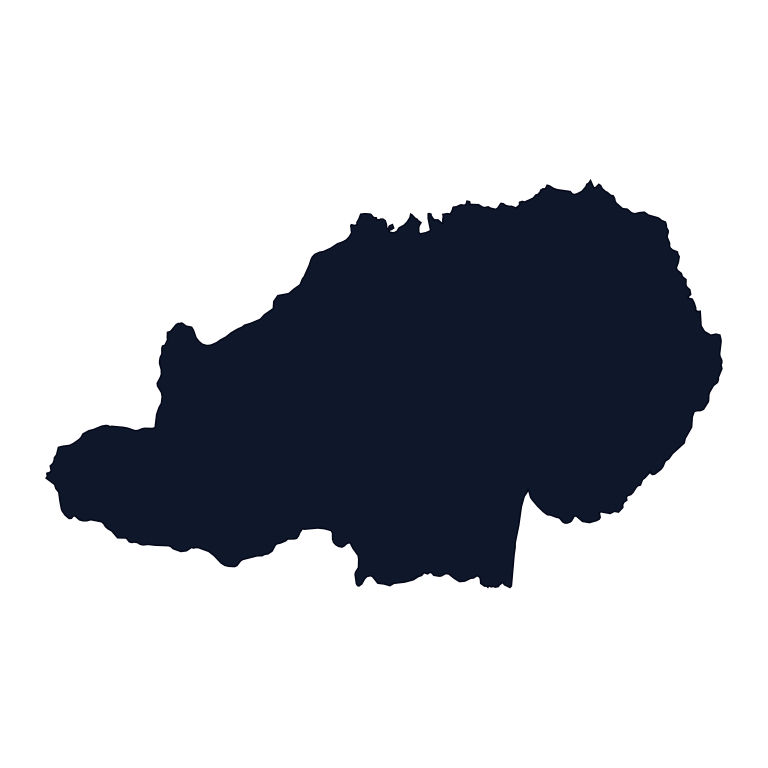 Railaco, Ermera, East Timor (Natural Earth projection)
{"feature_id": "22284137B49797009799058", "entity_name": "Railaco", "entity_type": "district", "adm_level": 2, "iso_a3": "TLS", "parent_name": "East Timor", "parent_adm1": "Ermera", "projection": "natural_earth1", "projection_center": [125.456, -8.681], "detail": "fine", "context": "isolated", "style": "filled", "palette": "ink", "viewbox_px": 768, "rotation_deg": 0, "n_neighbors": 0, "source": "geoboundaries", "source_scale": "gbopen_adm2", "svg_char_len": 6095}
<svg xmlns="http://www.w3.org/2000/svg" viewBox="0 0 768 768"><path d="M716.0,334.1L710.8,335.2L704.5,331.5L701.1,325.9L700.2,311.2L698.3,311.6L695.8,310.5L695.7,307.8L694.2,303.0L692.2,299.1L688.2,298.1L688.5,296.3L690.7,294.5L689.8,289.7L687.0,287.2L685.9,285.1L686.0,279.5L682.4,276.7L681.3,273.4L677.3,270.3L676.3,267.8L678.3,262.4L679.2,256.6L677.9,254.4L677.4,251.9L672.4,249.9L670.4,248.1L669.6,246.8L669.5,243.0L667.2,237.3L667.2,235.6L668.2,232.4L668.2,230.6L666.4,227.3L666.4,225.3L665.5,222.1L661.2,220.3L659.7,218.8L658.0,217.8L648.4,215.1L644.4,212.2L639.7,212.6L635.2,213.7L633.4,213.5L631.2,212.6L627.3,209.2L622.5,208.6L616.2,203.1L615.1,201.2L614.6,198.5L613.2,195.8L610.7,195.3L607.2,192.3L605.4,191.5L602.1,188.5L600.7,185.6L598.8,184.3L595.9,187.4L594.6,187.9L593.4,187.0L590.5,180.5L588.8,183.1L586.8,184.3L586.0,186.6L582.0,191.3L577.4,193.7L574.5,194.6L572.4,194.0L570.1,191.5L557.2,189.7L553.7,188.5L549.3,185.8L547.1,185.2L545.7,188.3L544.9,188.8L542.5,188.9L541.8,189.9L540.8,190.0L540.2,191.9L538.8,193.4L538.8,194.1L535.8,195.0L533.3,198.1L524.5,202.1L522.5,201.4L519.5,202.3L519.6,204.5L519.1,205.4L515.9,208.0L511.6,206.3L509.7,206.4L505.9,205.6L503.2,203.7L501.4,203.4L500.9,203.4L497.7,208.1L496.0,209.3L495.1,209.2L490.3,208.1L488.2,206.8L484.8,207.6L482.6,207.2L478.6,204.7L470.1,204.4L469.6,201.7L467.0,201.1L466.1,204.2L464.4,205.3L460.8,204.8L456.4,206.8L453.5,207.1L452.7,208.1L452.8,208.9L451.1,212.8L449.8,214.1L447.5,213.6L442.8,214.4L443.3,215.9L442.7,220.4L443.0,223.2L442.3,223.6L438.0,219.9L434.3,219.9L432.8,218.3L431.0,215.3L431.0,214.1L428.8,213.5L428.2,213.8L428.2,218.5L430.5,229.9L430.1,230.9L425.9,232.7L420.2,233.9L418.8,232.4L418.7,228.0L419.1,225.8L421.0,222.6L417.9,220.5L417.2,219.3L415.3,218.4L411.8,214.7L410.7,214.1L409.9,217.7L407.1,222.1L403.9,225.3L399.0,227.9L397.0,231.3L394.4,232.6L392.7,232.8L389.5,232.1L389.1,231.3L389.6,230.1L391.7,229.4L393.7,228.0L392.4,224.6L389.7,225.8L389.0,226.6L388.6,229.0L388.1,229.1L386.7,227.8L386.4,224.3L385.2,220.7L383.0,219.1L380.6,219.1L379.7,219.7L377.5,219.9L376.9,219.6L376.3,217.8L373.7,217.6L370.9,214.4L370.1,214.1L364.9,213.7L360.7,214.2L358.9,219.0L356.9,222.4L357.1,224.3L355.7,225.3L354.2,225.4L351.4,224.7L350.8,225.4L351.6,232.9L349.2,236.9L346.4,239.9L343.0,241.8L337.3,243.9L331.0,248.1L323.4,251.6L319.7,252.2L315.2,254.2L313.8,255.4L312.3,257.1L311.2,259.3L309.2,265.4L304.1,276.8L302.5,278.8L300.1,284.8L293.6,289.4L288.8,293.6L277.9,295.6L273.8,301.4L273.3,308.6L264.5,314.7L260.3,319.3L250.6,323.4L244.5,325.2L242.2,327.1L237.8,329.0L231.1,332.9L226.0,337.0L220.6,339.9L216.6,342.7L211.8,344.8L209.4,345.4L206.4,345.5L202.2,344.2L198.9,341.4L196.1,337.9L193.4,330.1L191.6,327.2L186.1,326.1L182.4,323.3L181.2,323.0L180.1,323.4L179.8,324.0L178.2,323.4L176.1,324.7L171.1,330.8L170.1,331.6L167.5,332.3L167.3,337.6L167.6,339.6L165.0,345.2L162.5,346.0L161.9,348.1L161.9,354.0L160.3,357.2L159.6,360.8L159.6,363.5L161.3,369.7L161.4,374.3L160.3,377.5L157.2,383.3L157.6,386.1L161.4,392.4L162.2,396.4L162.0,398.3L161.4,403.3L159.0,407.6L156.7,414.3L155.1,427.7L152.2,428.5L144.9,428.3L142.4,428.7L137.6,430.6L135.0,430.7L127.7,428.2L123.6,427.4L111.8,426.3L109.9,426.7L107.7,425.6L105.6,425.5L101.7,426.2L93.4,429.6L88.9,430.7L83.0,433.9L81.0,437.6L79.0,439.6L73.4,443.5L69.6,445.4L62.5,446.3L58.4,447.4L56.6,454.8L54.4,457.7L54.2,460.1L53.0,463.4L50.2,466.0L51.2,470.7L50.6,471.8L48.5,472.9L48.0,473.7L47.2,473.0L46.8,474.0L47.5,476.0L46.1,478.1L54.7,484.5L55.8,488.4L58.8,492.3L59.8,500.1L61.4,508.9L62.2,511.0L65.3,515.3L69.1,518.5L71.4,518.3L73.4,515.8L75.2,516.1L79.4,519.8L83.0,520.8L86.7,520.8L90.8,519.7L101.7,521.8L103.8,523.8L105.5,526.6L107.8,528.7L111.6,530.8L117.6,537.8L126.3,538.0L129.3,541.8L131.7,542.5L134.3,542.0L137.5,542.6L140.3,544.3L142.9,544.9L148.2,544.4L155.2,545.2L168.6,545.7L170.9,546.6L173.1,548.7L180.9,551.5L186.4,550.8L191.7,547.3L193.3,548.1L195.9,547.5L198.6,547.7L208.7,551.4L214.2,555.7L221.1,563.0L224.9,565.4L228.7,566.3L234.6,566.6L236.9,565.6L240.6,560.8L242.7,559.5L257.1,555.8L262.3,555.7L263.9,554.6L268.1,553.8L272.1,551.1L275.4,544.9L277.2,543.7L280.2,543.1L285.6,540.9L287.7,539.0L294.2,538.9L296.6,538.3L298.4,536.0L299.7,532.7L302.4,528.8L304.4,529.2L317.8,528.0L324.5,528.7L331.0,530.5L332.5,532.7L332.6,539.2L333.6,542.4L335.8,544.7L338.4,546.3L342.0,547.1L344.4,545.8L346.3,543.9L348.6,542.8L350.3,543.0L352.9,548.2L358.1,555.4L358.7,558.9L358.5,567.5L355.6,572.2L355.1,574.5L356.4,583.7L357.6,585.6L358.9,586.0L361.7,584.0L364.5,579.0L366.8,576.5L370.5,575.7L372.5,576.5L377.8,583.2L384.2,584.0L389.9,585.7L393.9,583.3L404.7,582.1L413.5,579.7L418.4,576.5L421.6,575.5L423.9,572.7L427.7,573.9L428.9,572.7L431.4,572.5L433.8,575.3L439.5,576.2L441.4,575.9L445.5,573.6L448.7,573.9L454.2,578.3L459.5,581.6L464.8,581.1L470.8,578.2L473.6,578.0L476.6,575.9L478.2,576.1L479.7,577.2L480.4,579.3L480.7,583.4L484.5,586.1L486.8,586.2L487.9,587.3L488.9,585.7L490.9,586.8L494.0,586.5L495.3,587.2L498.4,586.5L499.2,585.1L502.4,582.6L503.6,583.4L504.3,584.7L510.0,587.5L511.4,585.9L514.1,554.6L515.1,547.7L515.2,542.8L518.8,525.0L521.3,506.9L524.2,496.4L526.9,492.4L528.0,489.7L529.1,491.8L530.6,497.3L532.1,499.6L537.7,506.2L543.1,511.5L547.3,514.7L550.8,515.1L556.6,517.3L558.5,517.6L560.0,518.5L562.6,521.8L564.7,523.0L567.1,523.1L569.7,522.2L571.4,521.0L574.3,516.1L576.3,516.0L582.5,521.4L589.5,522.6L596.5,520.6L599.2,519.2L600.2,517.4L599.3,512.6L600.9,511.8L610.2,513.5L614.3,511.3L618.5,512.1L622.8,507.5L622.7,504.6L623.9,502.2L626.8,500.2L626.4,497.2L627.5,495.6L630.8,494.6L632.9,492.5L636.2,487.3L637.8,485.7L640.4,485.1L642.5,479.6L645.0,477.7L650.3,471.8L651.0,473.5L652.5,474.5L654.8,474.1L660.8,469.4L662.9,466.7L665.2,461.2L668.8,458.8L672.5,453.6L684.2,443.0L685.2,438.4L691.6,427.2L692.3,416.9L694.0,412.0L695.3,411.1L697.3,410.7L700.6,410.6L703.5,409.3L708.1,402.1L708.6,400.6L708.8,395.0L709.6,392.2L713.4,385.6L717.5,382.4L718.4,379.7L718.4,377.2L721.9,368.7L721.0,364.6L721.8,363.1L721.8,360.3L720.1,356.8L719.6,354.1L721.1,341.3L720.9,339.4L719.9,335.1L716.0,334.1Z" fill="#0f172a" stroke="#020617" stroke-width="1.5"/></svg>